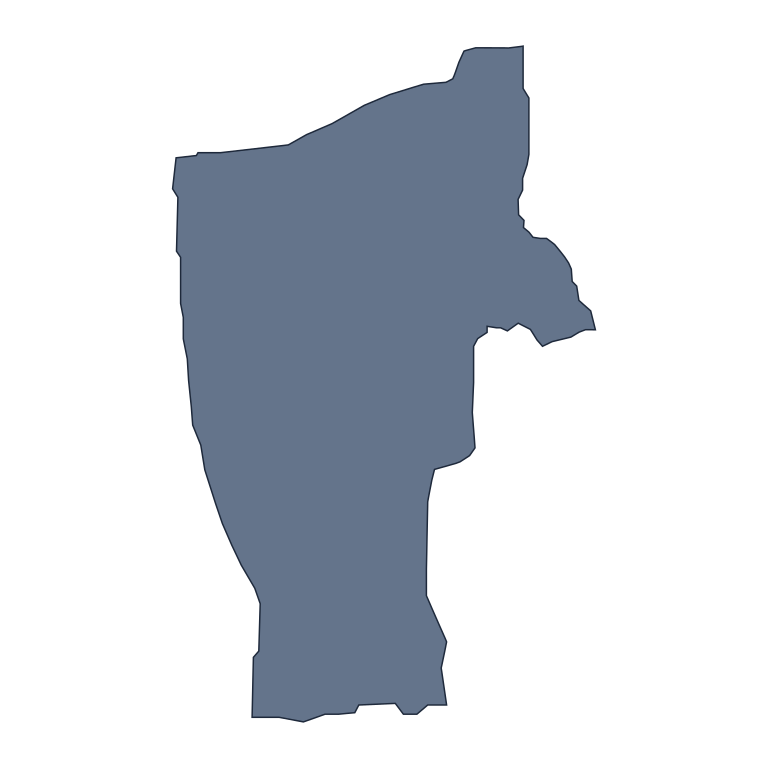 Abu Kershola, South Kordufan, Sudan (Robinson projection)
{"feature_id": "16777658B31438962952191", "entity_name": "Abu Kershola", "entity_type": "district", "adm_level": 2, "iso_a3": "SDN", "parent_name": "Sudan", "parent_adm1": "South Kordufan", "projection": "robinson", "projection_center": [30.867, 11.992], "detail": "fine", "context": "isolated", "style": "filled", "palette": "slate", "viewbox_px": 768, "rotation_deg": 0, "n_neighbors": 0, "source": "geoboundaries", "source_scale": "gbopen_adm2", "svg_char_len": 2232}
<svg xmlns="http://www.w3.org/2000/svg" viewBox="0 0 768 768"><path d="M523.1,46.1L521.4,46.4L508.4,48.0L504.5,47.9L503.0,47.9L480.4,47.8L475.7,47.8L465.8,50.5L464.0,51.1L461.8,55.9L458.9,62.3L455.4,72.3L453.9,76.3L453.7,76.6L452.8,78.8L446.0,82.3L423.6,84.2L412.7,87.5L389.7,94.6L364.3,105.3L351.3,112.7L331.9,123.7L321.0,128.4L316.9,130.2L306.6,134.6L288.3,144.9L283.4,145.5L220.4,152.7L198.0,152.7L197.8,153.0L197.6,153.4L196.4,155.5L195.9,155.6L195.1,155.7L193.9,155.8L192.2,156.0L191.2,156.1L190.7,156.2L187.2,156.6L186.8,156.6L181.8,157.2L176.1,157.8L172.6,188.8L177.9,197.3L176.5,251.2L180.6,257.3L180.6,289.7L180.6,303.5L183.3,317.4L183.3,332.0L183.3,338.2L183.3,338.9L187.3,358.9L188.6,380.5L191.3,406.6L192.7,425.1L200.8,445.1L204.8,469.8L210.2,486.7L215.6,503.6L222.4,523.6L231.8,545.2L241.3,565.2L254.8,588.3L260.2,603.7L258.8,651.1L253.4,657.3L252.1,717.3L279.1,717.3L303.4,721.9L315.6,717.6L325.0,714.2L338.5,714.2L346.9,713.4L354.8,712.7L358.8,705.0L385.9,703.8L395.3,703.4L403.4,714.2L416.9,714.2L427.7,705.0L446.6,705.0L446.0,700.8L443.8,685.7L441.8,672.0L441.2,668.0L442.1,663.8L444.6,651.9L445.5,647.5L446.0,644.8L446.6,641.9L445.3,638.7L438.2,622.7L431.7,607.9L428.2,599.8L426.4,595.7L426.4,575.7L426.4,569.2L426.7,554.4L427.0,537.4L427.6,507.7L427.7,501.8L429.2,493.7L430.9,484.9L431.8,480.2L434.5,469.4L439.1,468.1L443.4,466.9L445.3,466.4L451.5,464.6L456.1,463.3L456.3,463.2L460.1,461.8L460.7,461.4L469.6,455.6L475.0,447.9L474.3,438.2L473.3,425.5L472.3,412.5L472.8,401.1L473.3,389.2L473.6,382.7L473.6,381.7L473.6,358.6L473.6,346.3L477.7,338.6L487.1,332.4L487.1,326.3L490.2,326.8L496.6,327.8L500.6,327.8L507.4,330.9L518.2,323.2L530.4,329.4L534.0,335.1L534.6,336.1L537.1,340.1L540.1,343.5L542.5,346.3L552.0,341.7L552.7,341.5L570.9,337.1L579.0,332.2L585.5,329.7L588.1,329.7L591.3,329.7L594.1,329.8L595.4,329.8L590.7,310.9L582.8,303.9L578.9,300.4L576.7,286.1L572.2,281.5L571.7,274.7L571.3,269.1L568.6,263.0L564.5,256.8L560.5,251.7L554.6,244.5L550.6,241.4L546.5,238.4L540.2,238.4L533.0,237.3L529.0,232.2L523.5,227.6L524.0,220.4L518.6,214.8L518.1,199.4L522.6,190.1L522.6,178.3L527.1,164.7L528.9,154.4L528.9,98.0L523.1,88.5L523.1,47.3L523.1,46.1L523.1,46.1Z" fill="#64748b" stroke="#1e293b" stroke-width="1.5"/></svg>